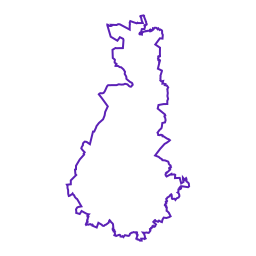 Tolú Viejo, Sucre, Colombia
{"feature_id": "7082276B69726867253152", "entity_name": "Tolú Viejo", "entity_type": "district", "adm_level": 2, "iso_a3": "COL", "parent_name": "Colombia", "parent_adm1": "Sucre", "projection": "robinson", "projection_center": [-75.432, 9.51], "detail": "fine", "context": "isolated", "style": "outline", "palette": "violet", "viewbox_px": 256, "rotation_deg": 0, "n_neighbors": 0, "source": "geoboundaries", "source_scale": "gbopen_adm2", "svg_char_len": 5872}
<svg xmlns="http://www.w3.org/2000/svg" viewBox="0 0 256 256"><path d="M161.6,30.2L160.3,29.5L159.6,30.0L158.3,28.4L157.6,29.2L156.5,27.9L154.9,27.7L153.9,28.4L153.0,28.2L152.9,28.9L153.7,28.9L153.6,29.3L152.1,30.5L150.9,31.2L150.4,31.3L150.4,31.1L150.7,29.7L150.3,29.5L149.9,29.8L149.7,30.7L149.3,30.9L147.9,30.7L146.8,31.2L146.0,30.9L145.3,31.4L144.7,31.4L142.8,32.1L142.1,32.9L141.9,34.6L141.0,34.3L139.9,34.4L139.4,33.9L139.9,32.7L141.1,32.1L141.8,29.1L144.4,29.0L145.0,26.8L144.4,25.6L144.5,25.1L144.9,25.0L145.6,25.2L146.7,24.5L146.7,24.0L146.1,22.8L146.1,21.7L145.6,21.0L145.5,20.4L144.1,16.8L144.1,15.8L143.6,15.4L140.5,16.0L140.3,16.2L141.2,18.0L141.7,20.5L142.8,23.0L137.9,23.1L137.5,22.7L136.6,23.3L130.3,21.1L129.7,22.6L129.9,24.2L129.7,25.7L129.7,29.6L119.8,24.3L118.1,24.2L116.6,25.0L111.4,24.8L112.0,25.5L111.0,26.0L110.2,26.0L109.4,25.9L107.8,24.7L107.3,24.6L107.3,25.1L110.7,36.7L117.4,40.7L119.9,37.2L123.1,38.8L123.5,40.0L122.9,48.1L116.4,48.2L115.5,48.0L112.5,49.8L112.8,58.0L114.8,59.6L114.9,59.9L114.6,62.0L114.7,62.6L116.6,64.0L116.4,64.5L115.6,65.3L115.5,65.9L118.1,66.0L119.7,67.1L121.2,67.3L123.5,69.4L125.0,71.8L124.7,73.9L126.1,76.3L126.4,77.3L126.3,78.2L126.5,79.0L130.0,81.9L131.8,82.8L132.3,83.4L132.7,84.8L132.3,85.1L131.3,86.5L130.9,86.7L130.1,86.6L129.0,86.0L127.5,84.4L125.5,83.9L124.8,83.9L123.4,84.5L121.4,84.6L118.7,84.3L116.7,85.1L108.2,85.2L107.8,85.4L107.0,86.4L104.8,91.3L103.6,92.9L102.5,93.3L100.3,93.2L99.5,93.6L98.8,94.3L101.8,98.1L107.8,106.4L105.2,111.9L104.6,115.5L103.1,119.3L98.9,123.0L96.4,126.3L96.1,127.5L94.2,131.6L93.0,131.6L89.9,144.2L86.6,141.9L84.8,141.6L83.4,142.8L82.8,144.2L83.0,145.0L81.6,147.3L81.3,148.4L82.8,150.4L84.7,152.3L83.6,153.8L84.1,154.6L79.8,159.4L76.0,165.8L76.0,169.3L75.0,169.6L75.4,174.1L76.2,175.0L70.8,180.4L70.8,184.3L66.9,184.7L67.5,185.8L67.5,188.0L68.1,190.0L68.2,193.8L68.8,196.0L69.6,195.8L72.2,194.0L72.6,193.5L73.2,194.7L74.1,195.2L74.8,196.9L76.2,198.5L77.1,199.0L81.4,206.4L78.2,207.0L77.1,207.6L76.0,209.4L76.3,211.5L76.2,212.9L79.7,214.0L81.6,211.0L85.9,213.4L87.5,214.1L88.8,214.3L87.3,215.9L87.4,216.2L88.0,215.7L88.5,216.5L87.2,219.9L87.5,220.0L87.0,221.6L87.6,221.9L87.5,222.3L86.8,222.2L85.8,224.4L86.1,224.9L86.8,224.4L88.3,224.7L90.2,224.1L91.0,224.7L92.3,224.5L92.6,224.7L92.7,225.2L92.5,225.7L96.7,227.5L98.4,222.8L101.7,224.7L102.4,225.5L103.2,225.9L103.7,225.9L104.1,225.8L104.9,225.0L106.1,224.6L108.7,222.6L109.1,221.0L109.6,220.2L110.3,220.8L110.7,221.7L112.6,223.5L113.0,224.2L113.4,228.6L112.7,228.6L112.6,229.1L112.8,229.9L113.2,229.9L113.6,231.4L114.6,231.3L114.3,230.9L114.5,230.7L114.8,231.6L114.7,232.5L115.1,234.4L114.3,235.2L114.4,235.3L115.2,234.8L116.1,236.0L118.9,234.9L119.7,234.8L120.3,235.3L120.5,236.5L122.1,236.7L122.6,236.2L123.4,236.9L123.5,236.5L124.1,236.2L124.9,235.2L128.3,235.9L129.0,235.7L129.4,235.4L130.0,233.8L131.6,232.7L132.5,232.6L133.6,232.1L135.1,232.5L136.0,232.2L136.6,232.3L136.9,232.4L136.8,232.7L137.0,232.9L136.9,233.5L136.5,233.5L136.6,234.0L137.4,234.5L137.2,235.3L137.5,235.4L136.3,238.7L137.6,239.2L137.6,239.5L138.9,239.7L139.9,240.6L141.6,240.6L141.2,238.7L144.2,238.6L144.5,239.0L145.6,238.5L145.1,237.7L144.8,236.1L144.2,234.2L143.0,232.6L144.9,232.8L146.7,232.5L148.1,232.9L148.8,232.8L150.3,230.8L150.1,230.1L150.3,230.0L150.0,229.0L151.1,228.5L151.1,227.9L152.0,227.6L152.4,226.2L153.0,225.8L153.4,226.7L154.0,226.9L154.8,226.6L155.2,226.2L155.1,225.8L156.0,224.4L153.3,221.9L154.8,220.2L155.1,220.1L155.8,221.2L156.9,221.2L158.0,221.8L159.0,220.6L160.8,221.7L161.9,222.1L162.5,219.6L163.7,217.6L166.4,218.0L169.2,217.1L170.6,216.3L168.8,212.7L167.4,211.3L166.6,210.8L166.7,208.1L166.4,207.6L166.8,207.5L166.8,207.3L166.2,206.7L166.2,206.0L166.0,205.9L165.7,206.2L165.5,205.7L165.0,205.4L164.8,205.1L165.1,204.3L166.3,203.6L166.3,203.2L166.0,203.2L165.8,201.8L166.8,201.5L167.1,201.0L166.4,200.0L166.3,198.8L167.0,198.4L167.3,197.6L169.6,196.2L169.9,195.4L171.2,194.3L171.6,194.8L171.6,195.5L171.8,196.0L171.8,197.8L172.0,198.7L172.7,199.0L174.1,198.7L174.9,199.0L175.4,199.9L176.7,198.3L178.6,197.5L179.4,196.1L179.2,194.5L178.6,193.2L177.6,192.5L178.2,192.1L178.4,191.5L178.4,189.6L180.5,189.0L180.7,188.5L180.6,188.1L181.1,188.1L181.2,187.6L181.0,187.2L179.9,187.3L180.7,186.3L181.7,186.2L188.1,187.2L189.1,186.3L188.8,183.6L188.3,182.8L186.4,181.3L186.1,180.6L186.0,179.9L186.5,179.7L186.2,179.0L186.3,178.4L186.1,178.1L184.6,179.8L182.9,177.6L182.9,178.9L183.5,181.9L181.2,183.4L179.7,177.9L175.0,178.1L175.2,174.8L175.0,174.7L174.2,174.4L171.5,174.6L171.4,173.9L166.6,176.5L165.8,175.6L165.5,174.3L166.4,173.2L166.1,172.9L166.5,172.5L166.8,172.8L170.0,169.7L169.5,169.3L169.1,168.1L169.9,167.4L170.3,168.1L171.0,167.1L170.6,166.6L170.6,165.5L169.5,164.7L168.8,163.8L168.6,162.4L168.1,161.6L165.0,160.4L162.4,160.2L161.7,159.0L160.3,158.3L158.7,156.9L155.1,155.5L160.2,148.8L164.6,143.9L166.6,142.8L169.1,141.0L169.9,140.2L168.8,139.3L167.0,138.6L163.5,136.3L162.5,136.3L162.3,135.9L162.5,135.3L162.2,135.1L161.1,134.8L160.5,134.8L159.9,135.2L158.2,135.0L158.0,133.6L157.5,132.7L159.4,130.1L161.4,128.3L161.9,126.5L162.3,123.0L165.0,122.4L165.6,120.2L165.2,118.0L164.4,116.5L164.6,115.8L165.3,115.5L164.9,114.4L157.7,108.6L158.5,105.0L163.5,104.1L167.3,104.0L167.3,100.8L168.1,98.9L167.4,96.0L167.8,93.0L167.5,91.1L167.5,89.3L167.3,89.1L168.2,87.5L167.0,85.7L166.4,85.7L166.0,85.3L165.2,85.2L165.6,84.7L165.6,84.1L163.9,83.7L162.4,83.7L163.1,81.0L161.4,81.4L160.3,80.4L160.6,79.5L160.4,78.7L160.6,76.5L160.4,75.9L161.9,71.1L161.9,70.6L157.9,68.7L159.4,62.5L159.1,62.4L159.1,62.0L159.3,61.8L159.6,61.8L160.0,60.6L159.7,60.0L159.1,60.0L159.0,60.3L158.4,60.2L158.4,59.5L158.2,59.3L158.4,58.4L158.1,58.2L158.4,57.6L158.3,57.2L158.6,57.2L158.6,56.2L160.0,56.2L159.9,52.7L160.0,47.7L155.3,44.5L159.9,38.3L162.5,38.6L162.8,34.9L162.1,33.4L162.1,30.9L161.6,30.2Z" fill="none" stroke="#5b21b6" stroke-width="2"/></svg>